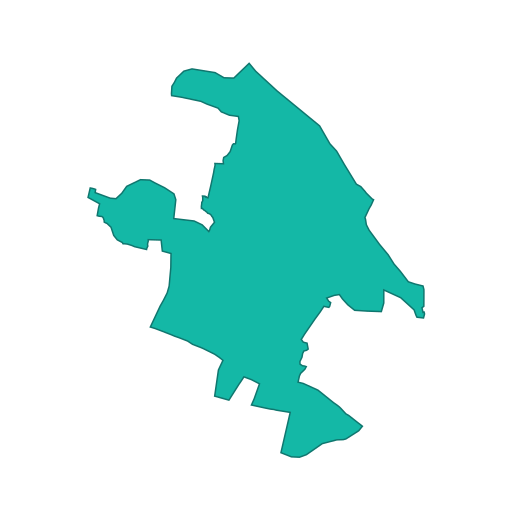 Gwadabawa, Sokoto, Nigeria, rotated 286°
{"feature_id": "59680162B7305913438202", "entity_name": "Gwadabawa", "entity_type": "district", "adm_level": 2, "iso_a3": "NGA", "parent_name": "Nigeria", "parent_adm1": "Sokoto", "projection": "robinson", "projection_center": [5.311, 13.424], "detail": "fine", "context": "isolated", "style": "filled", "palette": "teal", "viewbox_px": 512, "rotation_deg": 286, "n_neighbors": 0, "source": "geoboundaries", "source_scale": "gbopen_adm2", "svg_char_len": 3332}
<svg xmlns="http://www.w3.org/2000/svg" viewBox="0 0 512 512"><g transform="rotate(286 256 256)"><path d="M273.2,424.8L272.9,416.6L273.2,409.5L281.1,398.9L286.3,390.9L293.6,382.7L301.3,371.4L304.5,367.3L311.9,357.7L314.8,355.0L316.2,353.7L317.0,353.2L321.6,351.1L322.9,350.1L332.9,351.7L336.8,352.7L342.5,353.5L342.8,352.0L346.9,344.6L348.2,342.9L351.6,337.6L352.7,332.7L368.2,315.8L379.0,304.6L384.3,296.0L398.4,281.5L398.6,281.3L420.5,230.7L433.5,204.8L439.3,196.3L420.9,185.6L418.5,176.1L421.0,166.1L418.2,142.9L413.8,135.7L405.1,130.6L400.4,129.7L396.0,128.4L388.7,130.0L386.9,130.7L388.0,139.7L389.5,160.4L388.5,167.1L388.2,171.7L387.7,178.7L385.0,182.9L384.0,191.6L385.3,200.6L381.4,202.5L372.3,203.4L363.6,204.6L358.5,205.4L358.1,205.2L357.9,204.3L357.6,203.4L356.1,202.7L349.2,202.4L344.6,200.5L341.8,197.8L338.6,198.1L335.7,199.3L333.6,191.0L332.2,191.6L329.9,191.8L327.7,191.9L324.4,192.3L310.6,193.2L298.7,193.8L298.7,192.7L298.8,191.9L299.2,191.8L299.2,191.5L299.1,191.2L298.9,191.0L299.1,190.8L299.3,190.8L299.4,190.7L299.4,190.3L298.9,188.0L298.4,188.2L297.8,188.5L297.6,188.7L296.7,188.9L296.2,189.0L294.8,189.5L294.2,189.5L293.0,189.2L292.5,189.1L291.3,189.4L288.6,189.8L286.8,190.4L287.0,190.7L286.8,190.8L286.6,191.9L285.8,193.2L285.5,194.6L284.9,195.7L284.8,196.2L284.4,197.0L283.9,197.6L283.8,197.8L283.8,199.5L283.4,200.7L283.0,201.5L281.8,202.8L281.2,203.8L277.0,206.8L271.1,204.3L268.3,204.3L266.5,203.9L271.1,195.7L272.6,186.9L269.3,166.6L288.0,163.4L293.1,160.0L296.4,149.4L298.5,138.1L299.7,132.9L297.5,123.9L287.3,112.5L279.3,109.7L272.5,105.6L271.4,99.9L272.6,83.9L275.8,83.5L275.9,82.2L275.9,80.2L275.7,77.9L266.0,78.4L265.3,81.5L263.1,91.3L258.8,91.4L251.0,92.2L251.0,94.2L251.5,96.9L250.9,98.4L248.4,100.2L246.7,100.8L246.3,103.0L246.3,103.7L243.7,108.7L236.5,113.6L233.3,118.2L232.1,123.8L231.1,124.8L231.6,126.6L232.0,129.1L231.9,133.7L231.5,136.7L232.1,149.0L233.2,148.9L235.7,149.3L237.1,148.6L238.8,148.3L240.0,148.4L242.0,147.9L245.2,160.4L234.9,164.6L235.0,173.6L221.4,177.3L203.1,180.8L196.0,180.8L187.7,179.2L181.5,177.7L158.6,174.0L158.5,179.1L157.0,196.0L156.5,200.0L156.3,204.1L155.4,213.7L153.6,219.4L153.0,226.1L152.9,227.5L152.5,230.7L150.2,243.3L148.4,248.7L146.6,253.0L136.1,251.3L109.9,254.9L110.0,269.7L127.8,274.9L130.7,275.9L136.5,277.7L135.9,285.6L134.1,294.6L118.1,293.6L111.5,292.7L112.4,306.7L112.8,311.9L113.4,315.5L113.4,317.8L115.1,332.0L73.8,334.2L72.7,345.4L74.6,353.3L78.9,359.2L93.9,371.4L101.0,383.4L101.6,384.5L103.5,390.4L104.9,392.8L116.3,402.9L121.7,405.2L124.6,398.0L126.3,393.9L128.3,389.0L129.0,386.0L133.1,379.2L133.5,378.4L133.8,377.9L134.4,376.5L135.0,375.0L136.4,370.9L144.1,352.6L146.5,336.5L146.3,331.2L152.6,330.8L155.4,331.2L160.6,334.2L163.5,334.8L163.6,333.0L163.3,330.9L164.2,328.1L166.6,327.3L171.4,328.1L175.2,327.7L177.9,328.2L179.3,330.6L180.9,331.8L186.3,329.1L186.2,325.2L188.3,322.5L190.6,323.2L194.2,324.2L211.5,330.0L219.9,333.1L226.3,335.1L226.7,340.2L228.0,340.7L231.8,340.6L232.5,338.4L235.1,335.5L239.8,342.2L241.9,346.8L238.6,350.9L234.4,357.7L231.0,365.8L233.7,378.1L237.1,391.8L246.0,391.8L258.6,388.2L255.8,406.6L247.8,422.8L243.3,426.0L241.5,427.6L242.6,434.1L246.7,434.0L247.7,433.5L248.5,432.9L247.8,432.1L252.0,429.8L253.9,431.2L267.8,427.3L270.1,426.6L273.2,424.8Z" fill="#14b8a6" stroke="#0f766e" stroke-width="1.5"/></g></svg>